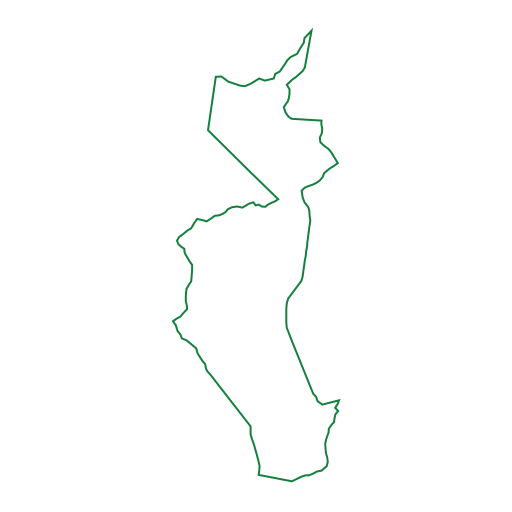 Mamanguape, Paraíba, Brazil
{"feature_id": "56859067B20105747744609", "entity_name": "Mamanguape", "entity_type": "district", "adm_level": 2, "iso_a3": "BRA", "parent_name": "Brazil", "parent_adm1": "Paraíba", "projection": "mercator", "projection_center": [-35.151, -6.705], "detail": "fine", "context": "isolated", "style": "outline", "palette": "green", "viewbox_px": 512, "rotation_deg": 0, "n_neighbors": 0, "source": "geoboundaries", "source_scale": "gbopen_adm2", "svg_char_len": 2283}
<svg xmlns="http://www.w3.org/2000/svg" viewBox="0 0 512 512"><path d="M273.8,78.5L264.8,80.6L259.1,78.5L250.9,83.7L245.1,86.1L240.4,85.7L228.4,81.7L221.4,76.5L215.8,76.8L208.0,130.2L248.7,170.5L278.2,199.2L274.9,201.4L271.5,202.8L268.1,204.5L265.3,206.8L261.7,206.5L258.8,204.6L255.6,205.4L253.4,202.3L248.8,203.8L242.4,207.6L237.1,206.5L232.1,207.2L227.9,209.2L225.5,212.1L222.4,214.0L218.9,215.4L215.0,215.7L211.2,218.4L206.6,221.4L202.1,220.0L197.1,219.0L194.0,223.4L191.2,228.3L187.3,230.6L183.1,234.1L179.1,237.0L177.0,240.6L178.4,244.2L181.3,246.8L184.3,248.8L184.6,252.7L187.1,257.1L189.8,261.7L192.1,264.8L192.1,270.9L191.2,281.3L188.7,285.1L186.5,289.0L186.0,292.7L185.8,296.7L185.8,301.1L186.7,304.7L187.1,309.1L183.3,313.1L180.4,316.6L176.8,318.5L173.0,321.2L175.9,325.4L177.5,330.9L180.4,334.5L181.8,338.3L186.4,340.3L189.6,342.8L192.9,345.6L196.2,348.3L197.5,353.2L200.4,357.8L202.6,361.2L205.2,364.1L206.0,368.7L207.6,371.6L210.5,374.8L250.6,426.4L250.6,434.4L251.7,438.2L254.0,444.8L256.4,453.2L258.4,460.8L259.6,466.0L259.2,471.2L258.6,474.9L291.9,481.3L301.4,476.7L305.6,475.3L309.0,475.3L313.2,473.6L316.9,471.5L321.5,470.7L326.7,466.1L327.8,461.7L327.1,456.9L326.0,453.3L325.6,449.6L325.2,443.9L326.1,439.5L327.2,436.2L328.6,432.4L328.8,428.8L331.5,424.8L334.1,422.1L334.5,418.1L335.5,414.2L338.2,411.0L335.2,407.9L337.8,403.6L339.0,400.3L322.3,404.6L317.5,401.1L316.1,396.8L313.2,393.7L291.1,339.0L286.7,327.5L286.3,322.4L286.3,314.4L286.3,308.9L286.8,303.3L288.2,298.5L301.3,281.0L302.6,276.6L303.4,270.8L304.2,265.3L304.8,260.4L305.7,256.3L306.1,251.5L307.0,247.1L307.3,242.8L308.3,235.2L309.2,227.9L310.3,220.8L309.6,215.7L309.4,211.4L308.3,207.2L304.5,202.3L302.7,197.5L301.6,190.8L304.8,187.6L309.0,185.9L312.6,184.7L315.8,183.2L319.8,180.5L322.9,176.7L324.0,173.3L329.2,168.9L333.8,166.0L337.8,163.1L334.7,158.0L331.4,152.5L328.4,148.9L324.6,146.2L320.4,142.4L319.8,137.8L322.0,132.7L322.2,128.0L321.3,124.2L321.5,120.6L291.7,118.8L288.6,116.8L285.6,112.6L283.8,107.2L285.8,104.1L287.9,101.3L288.8,98.1L289.5,93.9L289.5,89.2L286.8,84.8L292.4,79.5L295.9,77.1L302.5,71.2L304.8,67.6L311.5,30.7L304.5,38.1L303.8,42.7L299.8,49.0L297.1,53.9L290.8,56.9L287.6,59.9L284.5,64.7L279.8,71.5L275.3,73.9L273.8,78.5Z" fill="none" stroke="#15803d" stroke-width="2"/></svg>